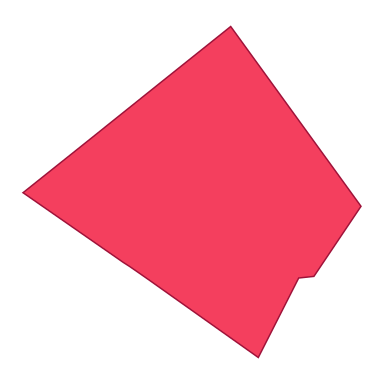 Lagoa de Velhos, Rio Grande do Norte, Brazil
{"feature_id": "56859067B16682382459596", "entity_name": "Lagoa de Velhos", "entity_type": "district", "adm_level": 2, "iso_a3": "BRA", "parent_name": "Brazil", "parent_adm1": "Rio Grande do Norte", "projection": "robinson", "projection_center": [-35.857, -6.01], "detail": "fine", "context": "isolated", "style": "filled", "palette": "rose", "viewbox_px": 384, "rotation_deg": 0, "n_neighbors": 0, "source": "geoboundaries", "source_scale": "gbopen_adm2", "svg_char_len": 271}
<svg xmlns="http://www.w3.org/2000/svg" viewBox="0 0 384 384"><path d="M23.0,192.7L123.4,262.5L129.2,266.2L145.8,277.7L258.3,357.5L298.7,278.0L313.9,276.4L361.0,206.3L230.7,26.5L160.7,82.5L84.0,144.0L23.0,192.7Z" fill="#f43f5e" stroke="#9f1239" stroke-width="1.5"/></svg>